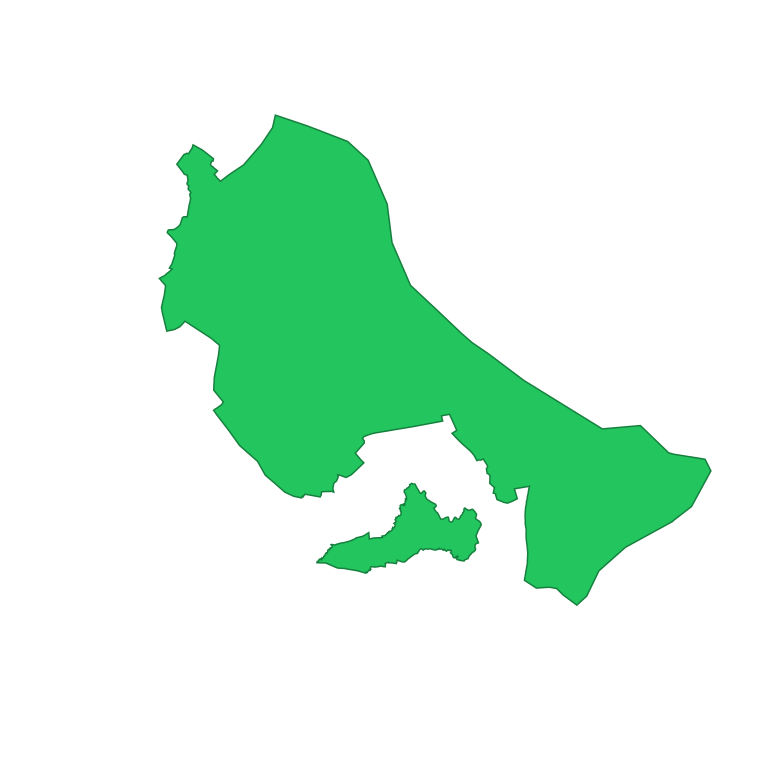 outline of Ishielu, Ebonyi, Nigeria, rotated 135°
{"feature_id": "59680162B77807256215392", "entity_name": "Ishielu", "entity_type": "district", "adm_level": 2, "iso_a3": "NGA", "parent_name": "Nigeria", "parent_adm1": "Ebonyi", "projection": "mercator", "projection_center": [7.857, 6.423], "detail": "fine", "context": "isolated", "style": "filled", "palette": "green", "viewbox_px": 768, "rotation_deg": 135, "n_neighbors": 0, "source": "geoboundaries", "source_scale": "gbopen_adm2", "svg_char_len": 6164}
<svg xmlns="http://www.w3.org/2000/svg" viewBox="0 0 768 768"><g transform="rotate(135 384 384)"><path d="M270.7,650.9L281.5,644.1L301.2,640.2L328.4,638.2L345.7,641.6L356.3,643.0L356.2,645.7L356.4,648.0L356.0,649.2L355.9,650.0L356.0,652.2L351.0,652.4L351.6,658.4L351.4,658.7L351.8,659.7L351.8,661.2L351.0,662.2L348.2,663.5L347.3,662.5L345.3,663.9L346.4,673.5L347.1,678.3L349.9,688.1L352.1,686.9L353.1,686.5L354.5,686.1L357.5,685.6L358.3,685.2L359.2,685.1L359.7,685.4L359.8,686.0L360.4,686.6L363.3,687.7L375.1,685.9L376.4,675.6L376.9,673.5L375.5,670.7L379.2,665.9L381.3,665.4L382.1,664.0L382.0,661.8L383.8,661.1L384.8,659.9L384.8,657.6L385.2,655.9L387.2,655.6L389.5,652.0L393.1,649.5L394.8,648.6L404.9,641.4L407.3,643.8L408.9,644.2L415.1,641.0L417.4,640.7L420.8,641.1L423.4,641.8L427.2,645.2L428.1,645.3L429.4,644.8L430.3,644.2L430.2,638.9L431.1,629.8L432.5,628.5L438.1,625.6L440.1,624.4L441.0,622.9L449.2,618.8L453.8,617.7L452.6,615.1L457.0,615.3L459.8,615.7L462.9,615.8L464.6,616.5L468.2,617.5L468.9,608.0L475.9,602.6L487.2,595.5L490.3,591.1L500.2,575.0L493.7,570.7L487.7,568.8L480.3,569.1L473.9,538.6L472.9,527.6L480.4,521.6L499.5,508.5L508.8,500.0L510.3,485.1L513.1,484.2L519.0,485.1L520.9,485.6L523.1,485.9L523.5,483.2L524.0,480.9L526.5,461.6L529.6,442.6L528.1,418.8L532.4,403.5L531.4,390.6L530.6,377.8L527.3,368.6L522.9,361.8L522.1,362.2L521.2,361.5L520.9,362.3L520.5,362.3L520.1,361.6L518.1,362.0L516.5,360.1L509.0,349.3L506.7,350.0L506.2,350.7L504.2,351.9L497.0,345.1L495.9,343.1L494.2,346.2L489.6,349.3L486.2,349.0L482.0,350.7L480.9,352.6L479.2,349.7L476.9,344.7L471.5,343.0L467.8,342.8L454.0,342.5L454.0,346.4L453.2,355.4L439.9,356.2L438.3,357.5L437.7,360.7L435.2,361.0L428.7,358.0L424.8,355.6L393.7,333.4L368.7,316.3L365.9,320.9L359.1,316.2L365.3,299.8L370.8,301.0L370.8,297.9L371.0,295.3L371.0,287.0L370.3,275.1L370.8,269.8L372.5,264.1L370.7,263.3L369.2,261.6L366.8,260.8L368.5,253.4L369.5,252.0L371.5,251.7L374.3,247.8L373.8,246.6L373.7,244.5L376.7,241.5L379.5,238.9L379.1,232.6L379.9,232.5L380.2,232.0L382.1,230.7L383.7,229.8L383.9,229.5L382.7,227.4L383.7,226.3L385.8,222.4L382.9,215.5L381.0,212.5L376.6,210.5L370.9,208.6L365.9,217.7L353.5,208.8L355.0,207.8L356.0,207.3L360.0,204.3L362.1,203.2L363.8,201.5L366.3,200.2L368.3,198.4L370.9,196.8L374.8,193.5L378.2,190.3L380.7,187.5L382.4,185.9L383.6,184.5L385.9,181.1L387.9,179.0L389.4,177.7L393.0,173.9L398.5,166.8L400.8,164.1L402.6,162.1L404.5,160.4L407.7,157.6L409.1,156.1L423.5,145.9L420.6,132.0L410.8,123.4L406.5,117.2L406.5,107.9L404.0,91.3L390.6,90.7L364.2,99.9L328.7,97.8L277.4,82.8L275.0,82.7L253.2,79.9L214.3,91.4L210.2,103.8L228.4,128.9L231.4,134.0L232.1,173.3L261.4,197.9L282.6,287.6L288.8,331.6L292.5,351.1L293.4,365.1L294.3,398.9L295.5,435.0L278.4,478.2L254.5,509.0L237.0,553.4L238.2,581.2L255.4,620.0L270.7,650.9ZM449.1,201.7L448.3,201.1L446.7,201.6L445.8,202.1L440.3,202.4L439.2,201.9L437.1,201.9L435.7,202.7L435.2,204.2L433.8,205.6L431.4,206.0L430.2,205.1L429.5,204.9L426.4,211.5L421.5,213.6L414.9,215.6L413.9,217.2L413.6,219.6L414.4,223.3L414.3,224.3L411.5,225.8L410.6,226.5L410.3,228.2L410.0,229.9L409.9,232.7L410.5,233.2L413.2,234.5L414.4,237.2L414.3,238.6L414.6,239.2L415.4,239.2L415.9,239.0L417.5,237.5L419.5,237.2L420.4,236.5L423.6,236.4L425.1,235.5L426.8,235.6L427.7,236.7L427.6,239.0L428.4,239.7L433.0,238.3L434.1,238.7L434.6,239.8L434.7,241.5L433.3,243.2L432.7,244.3L433.3,245.1L434.9,245.9L438.1,246.8L439.4,248.4L437.3,254.8L437.5,257.2L436.5,261.0L434.0,260.6L433.2,260.9L432.6,262.5L434.1,267.3L435.1,272.3L434.1,275.7L431.4,277.4L431.2,280.1L431.9,280.4L434.5,280.2L435.7,281.1L433.9,288.1L432.9,291.0L433.0,291.6L433.4,292.1L434.2,292.6L434.6,294.1L437.0,294.7L437.4,294.0L438.9,293.4L439.5,293.8L440.1,293.5L441.4,294.1L442.2,293.8L442.9,293.9L443.9,294.5L445.1,294.3L446.3,293.0L446.5,291.3L448.0,288.3L449.5,286.6L450.0,287.6L450.4,287.2L450.6,286.6L451.1,286.1L451.8,286.3L452.8,285.2L454.0,284.8L454.8,285.2L454.8,283.8L455.5,283.8L455.9,283.9L456.5,286.0L458.0,286.7L458.6,286.5L459.3,285.8L460.3,284.6L461.0,285.1L461.2,284.7L460.9,284.0L461.2,283.4L461.7,283.2L462.2,282.4L462.0,281.9L462.5,281.5L463.8,279.9L465.6,279.5L466.6,280.6L467.3,280.2L468.1,280.5L469.1,280.4L469.5,281.0L469.9,281.2L470.2,280.9L470.3,280.4L472.1,280.2L472.7,278.1L473.6,278.0L474.9,278.5L475.6,278.5L475.5,277.0L476.3,275.8L478.8,275.1L479.0,276.4L480.6,275.9L481.0,275.0L482.0,275.1L483.2,275.0L484.3,276.0L485.0,276.2L485.9,275.5L486.6,276.2L487.7,276.2L488.4,276.0L490.5,276.2L493.1,277.9L493.7,276.5L500.3,282.5L504.0,284.8L499.9,289.7L504.9,290.8L507.2,291.6L508.9,292.8L510.5,293.6L512.2,294.8L514.4,295.2L515.5,295.5L517.0,296.3L518.1,296.5L523.8,299.7L525.4,300.8L526.5,301.7L530.1,303.8L532.9,305.1L533.8,306.7L534.8,307.8L535.0,307.9L535.3,306.9L535.2,306.4L535.5,305.8L536.0,305.4L537.2,305.5L537.9,306.1L538.2,306.2L538.5,306.1L538.4,305.5L539.1,305.2L539.4,305.2L540.2,306.2L541.2,306.2L542.6,305.1L543.2,304.8L544.0,304.6L544.0,305.4L544.9,305.4L546.2,305.0L547.3,304.5L548.4,304.8L549.5,304.1L550.6,304.2L551.0,305.0L551.6,304.6L552.2,303.8L552.7,304.2L552.6,305.1L553.3,305.1L553.6,305.8L554.7,305.5L555.8,304.8L556.6,305.8L557.8,305.0L551.7,298.6L547.5,287.9L546.6,286.2L542.2,281.3L540.6,278.7L538.2,275.5L534.7,270.5L530.6,263.1L529.6,263.7L529.1,262.5L526.6,263.1L525.8,262.0L524.3,262.3L524.5,263.2L522.2,263.9L519.8,260.9L516.6,258.4L515.7,258.3L513.3,255.0L512.3,253.8L509.9,256.2L507.0,254.9L507.3,254.4L504.8,251.8L502.3,248.3L499.2,250.0L496.9,245.3L495.3,243.6L493.0,243.3L490.4,243.3L482.7,242.1L482.2,241.9L481.6,241.4L481.1,241.4L480.4,240.6L479.5,240.8L478.9,241.2L478.3,240.9L476.8,241.5L474.7,241.7L473.8,240.2L473.8,238.8L471.7,238.4L470.5,237.4L470.0,236.3L468.3,235.4L465.5,230.7L464.2,229.6L463.4,229.9L463.1,229.2L462.2,228.4L461.6,228.8L460.9,228.6L461.0,227.6L459.9,226.4L459.7,224.8L459.3,224.2L458.3,224.6L458.1,221.6L456.4,221.5L455.6,220.1L454.9,220.0L454.2,219.5L454.2,218.4L456.3,217.6L456.3,214.7L457.5,212.7L457.4,211.7L456.9,211.1L454.5,210.8L453.7,210.4L453.8,209.6L454.6,209.2L456.2,209.5L456.5,208.1L456.2,207.5L455.0,206.3L455.2,205.8L452.5,202.2L451.3,202.5L449.1,201.7Z" fill="#22c55e" stroke="#15803d" stroke-width="1.5"/></g></svg>